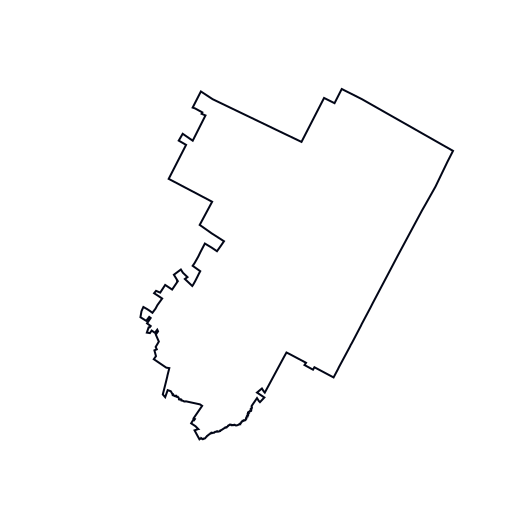 the district of Candelaria, Campeche, Mexico, rotated 298°
{"feature_id": "50627088B43108093310772", "entity_name": "Candelaria", "entity_type": "district", "adm_level": 2, "iso_a3": "MEX", "parent_name": "Mexico", "parent_adm1": "Campeche", "projection": "albers", "projection_center": [-91.135, 18.16], "detail": "fine", "context": "isolated", "style": "outline", "palette": "ink", "viewbox_px": 512, "rotation_deg": 298, "n_neighbors": 0, "source": "geoboundaries", "source_scale": "gbopen_adm2", "svg_char_len": 5139}
<svg xmlns="http://www.w3.org/2000/svg" viewBox="0 0 512 512"><g transform="rotate(298 256 256)"><path d="M67.8,291.8L68.0,291.8L68.3,291.9L68.3,292.2L68.5,292.7L68.6,292.9L68.9,293.0L69.0,293.2L69.5,293.1L69.5,293.4L69.4,293.8L69.3,294.0L69.4,294.5L69.2,294.5L69.2,295.0L69.5,295.3L69.8,295.5L70.0,295.5L70.4,295.7L70.4,296.0L70.7,296.2L71.2,296.7L71.4,296.7L71.9,296.8L72.6,296.9L73.3,297.2L74.0,297.2L74.3,297.5L74.6,297.6L74.8,297.6L75.3,297.9L75.6,298.0L75.9,298.0L76.1,298.2L76.4,298.3L76.8,298.6L77.0,298.7L77.3,298.8L77.6,298.9L77.7,299.0L78.0,299.0L78.2,299.3L78.6,299.4L78.5,299.6L78.8,299.8L78.8,300.0L79.1,300.1L79.0,300.4L79.1,300.5L79.3,300.6L79.5,300.8L79.7,301.0L80.0,301.4L80.1,301.8L80.4,302.0L80.6,302.0L81.0,302.3L81.5,302.4L81.7,302.7L81.8,302.9L82.1,303.2L82.3,303.4L82.5,303.5L82.5,303.8L82.9,303.8L83.1,304.0L83.0,304.6L83.2,305.1L83.4,305.2L83.6,305.5L83.9,305.9L84.1,306.0L84.3,306.1L84.6,306.2L84.7,306.4L84.9,306.4L84.9,306.6L85.1,306.6L85.6,306.7L85.7,306.8L85.8,307.0L86.5,307.4L87.0,307.7L88.9,308.7L89.1,308.9L89.4,309.0L89.8,309.2L89.8,309.4L90.0,309.5L90.3,309.7L90.4,309.8L90.5,310.0L90.6,309.9L90.7,310.1L90.8,310.1L91.2,310.3L91.4,310.6L91.6,310.7L91.7,310.8L92.0,310.9L92.7,311.0L92.8,311.1L93.0,311.0L93.3,311.1L93.7,311.3L94.1,311.7L94.3,312.1L94.7,312.1L94.7,312.3L95.0,312.5L95.1,312.8L95.3,312.9L95.4,313.6L95.4,313.8L95.2,314.0L95.3,314.2L95.3,314.3L95.5,314.4L95.5,314.5L95.8,314.7L96.0,315.0L96.2,315.3L96.3,315.5L96.2,315.7L96.3,315.8L96.5,315.9L96.5,316.1L96.8,316.3L97.0,316.4L97.0,316.5L96.9,317.2L97.0,317.6L96.9,317.7L96.9,317.8L97.0,318.0L97.3,318.3L97.5,318.6L97.8,318.9L98.2,319.3L98.9,319.8L99.4,320.1L100.2,320.3L100.3,320.4L100.2,320.6L100.3,320.6L100.5,320.7L100.5,320.8L100.7,320.7L100.8,320.8L101.0,320.9L101.2,321.0L101.3,321.1L101.8,321.1L102.2,321.2L102.4,321.0L102.5,321.0L102.8,321.2L102.9,321.3L103.3,321.4L103.8,321.4L103.8,321.5L104.3,321.9L104.3,322.0L104.6,322.1L104.8,322.1L104.7,322.5L104.8,322.6L105.5,322.9L105.6,323.2L105.8,323.4L105.9,323.6L106.0,323.7L106.3,323.6L106.5,323.5L107.3,323.7L107.3,323.8L107.7,323.9L107.8,323.9L107.9,323.7L107.9,323.4L108.1,323.3L108.4,323.5L108.5,323.5L108.8,323.4L109.0,323.5L109.3,323.4L109.8,323.2L110.3,323.8L110.5,323.6L110.7,323.4L111.0,323.4L111.1,323.2L111.4,323.3L111.7,323.8L111.9,323.8L112.1,323.8L112.2,323.7L112.3,323.3L112.3,323.1L112.4,322.9L112.5,322.8L112.8,322.7L113.0,322.8L113.6,323.2L113.7,322.6L113.9,322.5L114.1,322.7L114.5,322.5L114.8,322.7L114.9,322.9L115.3,323.3L115.5,323.4L115.9,323.3L115.9,323.6L116.2,323.7L116.4,324.0L116.7,324.3L116.9,324.4L117.1,324.4L118.1,324.0L118.3,323.7L118.4,323.1L118.5,323.1L119.1,323.3L119.4,323.7L119.7,323.6L119.9,323.7L120.1,323.7L120.4,323.4L120.5,323.2L120.9,323.0L121.0,322.8L121.1,322.7L121.4,322.6L121.6,322.7L122.0,322.6L131.0,323.6L129.3,326.6L128.8,328.1L135.0,329.8L135.9,321.0L141.8,323.4L140.1,326.4L139.8,327.1L139.5,327.9L161.0,328.0L179.6,328.1L185.1,328.2L185.2,332.4L185.2,350.3L182.5,350.0L182.4,359.7L185.2,359.8L185.2,381.5L194.6,381.5L196.6,381.4L220.5,381.5L221.4,381.4L224.0,381.5L224.5,381.5L227.4,381.5L243.9,381.4L245.2,381.3L264.1,381.3L268.9,381.2L304.2,381.1L323.7,381.0L374.4,381.2L380.6,381.4L401.6,381.9L429.1,380.8L441.3,380.6L444.2,275.8L443.7,253.3L427.8,253.6L427.5,241.9L378.1,242.6L376.9,214.2L376.1,194.1L374.1,144.1L375.4,130.1L357.3,130.4L357.7,132.9L357.6,141.2L356.0,141.2L356.4,145.4L328.1,146.0L329.5,133.9L321.6,133.6L321.3,142.1L283.1,142.7L283.2,162.2L283.3,191.8L257.0,191.7L256.1,199.1L255.2,206.0L254.0,220.8L247.9,220.1L241.9,219.3L242.2,216.6L242.6,212.7L243.0,205.0L233.2,205.1L228.4,205.3L220.9,205.1L217.6,204.7L217.0,209.3L216.4,213.9L213.4,213.9L210.4,214.0L205.1,214.1L201.8,214.0L201.0,214.0L199.6,213.8L202.3,204.0L205.2,205.4L206.9,199.3L208.8,196.0L200.9,192.3L197.2,198.6L196.7,198.2L196.3,198.7L187.0,197.7L187.8,189.4L178.7,188.6L178.3,184.1L175.3,183.5L174.9,188.2L174.4,193.1L166.3,192.0L162.3,192.0L157.2,191.2L157.7,188.0L158.0,184.8L158.1,180.5L153.5,180.8L147.7,182.7L147.2,189.5L152.1,190.3L151.8,192.1L145.4,191.4L144.7,195.9L143.1,195.6L142.6,194.7L137.1,195.6L138.1,198.5L141.2,198.9L140.7,202.8L144.6,203.4L143.5,204.9L139.6,204.4L134.8,210.4L128.6,210.1L127.0,212.2L125.0,210.6L120.6,214.7L116.9,214.2L115.3,229.2L116.3,232.1L109.0,233.9L107.7,234.3L100.2,236.2L90.0,238.7L88.7,242.1L96.1,241.0L96.6,244.2L95.6,245.9L95.0,246.7L95.1,247.6L94.9,247.9L94.8,248.0L94.4,247.9L94.4,248.2L94.3,248.3L94.1,248.3L94.3,249.1L94.1,249.6L94.1,249.9L94.2,250.0L94.5,250.2L94.7,250.4L94.9,250.6L95.1,251.0L94.5,251.3L94.4,251.3L94.4,251.5L94.6,251.6L94.6,251.8L94.5,252.2L94.5,252.6L94.6,252.8L94.9,252.8L95.0,252.9L94.8,253.3L94.7,253.9L94.5,254.2L94.0,254.8L93.7,255.0L93.3,255.2L93.2,255.3L93.4,256.0L93.5,256.2L94.1,256.6L94.2,256.9L94.2,257.1L94.2,257.3L93.7,257.6L93.4,258.0L93.7,258.4L93.8,258.7L93.8,259.7L93.9,260.0L93.8,260.3L93.8,260.5L93.9,261.1L94.2,261.4L94.3,261.6L94.3,261.8L94.8,262.4L98.7,276.2L98.4,278.8L83.5,277.1L83.4,278.6L81.8,278.4L81.7,277.5L77.8,277.3L77.3,282.5L76.1,286.3L75.8,285.9L75.6,285.8L73.2,283.6L67.8,291.8Z" fill="none" stroke="#020617" stroke-width="2"/></g></svg>